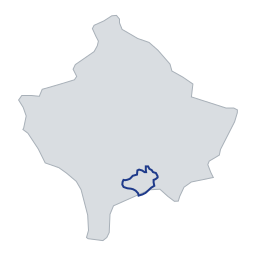 where Štrpce sits in Kosovo
{"feature_id": "KOS-5914", "entity_name": "Štrpce", "entity_type": "District", "adm_level": 1, "iso_a3": "XKX", "parent_name": "Kosovo", "parent_adm1": "", "projection": "natural_earth1", "projection_center": [20.995, 42.226], "detail": "fine", "context": "in_parent", "style": "outline", "palette": "blue", "viewbox_px": 256, "rotation_deg": 0, "n_neighbors": 0, "source": "natural_earth", "source_scale": "10m", "svg_char_len": 1470}
<svg xmlns="http://www.w3.org/2000/svg" viewBox="0 0 256 256"><path d="M58.6,84.6L74.4,79.8L76.7,76.4L73.1,69.2L75.3,64.6L94.1,51.6L97.3,45.8L98.4,41.1L95.9,36.3L92.4,28.6L94.1,25.3L103.9,20.9L111.8,15.8L116.5,15.4L119.5,19.1L119.5,22.9L122.1,29.4L128.0,32.8L137.7,38.5L149.0,42.4L157.9,50.2L170.0,64.1L171.9,71.0L182.8,77.1L192.9,84.0L191.4,96.9L225.9,108.0L233.7,108.0L237.4,109.9L237.3,112.8L234.6,121.8L220.5,149.4L219.3,155.1L209.2,161.1L207.8,164.6L210.7,172.2L213.3,177.5L213.1,177.5L191.3,182.0L184.0,187.2L179.7,196.4L178.3,201.1L174.4,201.3L168.0,196.5L159.9,189.2L149.4,189.8L113.5,205.8L110.0,214.3L109.2,232.5L106.8,237.5L102.9,240.6L88.1,238.7L86.5,237.5L88.5,230.4L87.7,215.1L81.1,189.7L76.3,181.4L66.5,173.1L58.9,167.7L45.2,162.9L38.3,149.0L27.9,133.2L22.9,129.5L23.7,128.0L26.2,116.0L23.2,107.4L18.6,100.0L21.8,95.5L31.4,95.5L39.3,96.3L42.2,89.3L58.6,84.6Z" fill="#d9dde1" stroke="#a8b0b8" stroke-width="1"/><path d="M154.3,185.8L151.3,187.6L147.0,191.6L145.5,192.9L142.3,194.5L138.6,195.6L138.1,193.3L135.7,190.7L133.2,189.3L131.0,188.7L127.4,188.3L123.6,187.0L122.3,184.6L122.6,181.9L123.5,179.9L125.0,180.2L127.2,179.8L129.7,178.9L131.1,177.6L132.7,175.8L137.0,174.6L137.2,172.4L137.4,170.4L139.1,169.6L142.2,170.5L144.5,172.1L146.1,172.1L145.8,169.7L145.8,166.4L148.1,166.4L149.4,168.9L151.7,170.1L153.0,172.1L155.9,173.0L157.6,176.2L157.6,177.5L155.6,179.1L153.6,179.9L153.6,182.4L154.3,185.8Z" fill="none" stroke="#1e3a8a" stroke-width="2"/></svg>